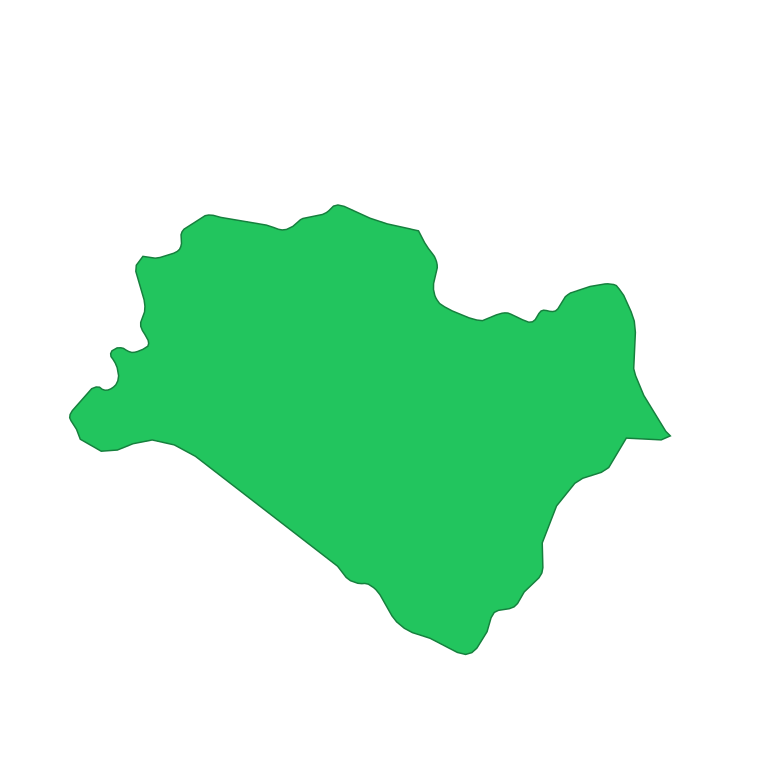 map outline of Pordenone (Albers equal-area conic projection), rotated 120°
{"feature_id": "ITA-5456", "entity_name": "Pordenone", "entity_type": "Province", "adm_level": 1, "iso_a3": "ITA", "parent_name": "Italy", "parent_adm1": "", "projection": "albers", "projection_center": [12.662, 46.102], "detail": "fine", "context": "isolated", "style": "filled", "palette": "green", "viewbox_px": 768, "rotation_deg": 120, "n_neighbors": 0, "source": "natural_earth", "source_scale": "10m", "svg_char_len": 2295}
<svg xmlns="http://www.w3.org/2000/svg" viewBox="0 0 768 768"><g transform="rotate(120 384 384)"><path d="M285.8,110.1L293.8,116.0L309.7,147.1L344.0,147.6L351.8,151.6L366.3,164.8L374.6,169.1L403.3,173.6L442.5,167.5L463.6,154.6L468.7,152.8L474.4,152.9L494.0,158.6L507.4,158.6L511.9,159.9L515.9,163.1L522.8,171.7L526.7,174.3L532.9,174.4L547.0,170.9L566.3,171.5L572.7,173.6L577.4,178.1L579.8,186.3L581.2,217.1L585.1,235.1L585.4,244.2L583.7,254.1L580.8,261.2L568.5,282.1L566.2,288.0L565.5,291.3L565.2,297.5L566.3,300.9L568.0,303.4L569.7,307.1L571.1,314.7L570.4,320.1L565.0,333.1L540.9,511.2L541.6,535.2L548.4,556.8L561.2,571.5L574.5,581.9L583.6,595.3L583.7,619.4L577.0,627.6L572.3,636.7L570.4,639.3L567.3,640.6L562.9,640.6L534.2,634.8L530.5,631.8L529.0,628.7L529.5,625.5L528.9,622.5L527.3,620.1L524.9,618.2L521.9,616.7L518.7,615.8L514.3,616.1L509.6,617.9L503.2,623.3L500.1,627.4L498.1,631.1L496.8,634.1L494.4,635.9L491.3,636.2L486.2,633.2L484.2,630.0L483.4,627.4L483.6,624.6L483.5,621.4L482.8,618.2L481.2,615.8L479.1,613.7L474.5,610.1L469.3,607.4L466.5,608.1L464.1,610.1L460.6,615.9L458.5,619.9L455.7,623.5L452.3,625.5L441.3,627.4L436.2,629.9L431.1,633.8L410.6,655.2L405.0,657.9L394.0,656.6L389.4,645.0L386.4,641.2L375.9,631.5L372.5,629.3L369.5,628.4L366.5,628.7L363.6,629.6L356.2,634.4L353.1,635.0L349.9,634.6L327.7,623.1L325.3,620.3L323.3,616.2L321.3,608.6L305.2,565.3L303.6,557.7L302.8,552.8L301.5,549.2L298.9,545.7L293.0,541.7L283.5,538.5L281.2,537.0L267.9,522.0L264.4,519.6L261.8,518.5L255.2,516.7L252.0,513.4L250.1,507.4L247.4,479.0L243.8,461.5L236.5,438.5L236.3,437.6L234.1,430.7L241.3,419.5L244.5,413.2L247.0,407.1L248.3,404.2L250.1,401.7L252.0,399.5L254.3,397.5L256.7,396.0L272.2,391.3L277.4,388.4L281.8,384.4L283.4,382.3L284.7,380.1L286.5,376.1L286.9,370.2L286.6,361.5L284.2,343.5L282.2,335.6L279.9,330.4L268.0,321.3L263.7,317.2L262.0,314.9L260.6,312.2L260.1,309.0L259.1,296.1L258.1,289.5L255.9,286.5L252.7,285.2L245.5,285.1L242.3,284.5L240.3,282.7L239.1,279.9L238.2,276.8L236.9,274.1L235.0,272.0L232.0,271.0L217.8,270.6L214.7,269.4L211.9,268.0L196.5,254.3L186.9,242.7L185.3,240.2L183.0,234.8L182.6,232.0L184.2,227.7L187.4,220.7L197.9,206.1L204.4,198.7L213.6,192.1L245.9,175.4L251.0,170.3L264.0,153.3L284.1,116.3L285.8,110.1Z" fill="#22c55e" stroke="#15803d" stroke-width="1.5"/></g></svg>